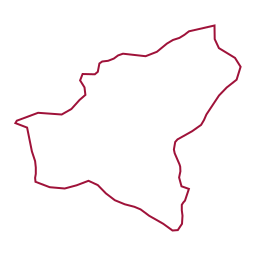 map outline of Bitlis (Mercator projection)
{"feature_id": "TUR-2311", "entity_name": "Bitlis", "entity_type": "Province", "adm_level": 1, "iso_a3": "TUR", "parent_name": "Turkey", "parent_adm1": "", "projection": "mercator", "projection_center": [42.405, 38.524], "detail": "fine", "context": "isolated", "style": "outline", "palette": "rose", "viewbox_px": 256, "rotation_deg": 0, "n_neighbors": 0, "source": "natural_earth", "source_scale": "10m", "svg_char_len": 973}
<svg xmlns="http://www.w3.org/2000/svg" viewBox="0 0 256 256"><path d="M145.6,56.2L156.9,51.8L166.9,43.6L172.9,40.0L179.4,37.9L184.3,34.9L189.0,31.3L214.5,25.5L214.7,39.1L218.9,48.1L235.0,57.9L240.6,66.8L236.6,79.7L226.7,87.5L219.0,95.5L206.4,114.5L204.0,120.0L201.1,124.9L192.3,131.1L177.5,139.4L175.2,142.0L173.9,149.5L174.7,153.3L179.5,164.4L180.2,166.7L180.4,171.3L179.1,177.5L181.5,186.3L188.9,188.9L185.0,200.6L183.3,202.5L181.8,204.8L181.8,210.3L182.5,215.7L182.0,223.8L177.8,230.1L172.5,230.5L163.1,223.7L149.2,215.8L140.6,209.4L134.4,206.8L124.8,204.3L114.8,200.2L105.9,193.4L97.8,185.1L88.5,180.8L76.6,185.3L64.7,188.5L49.7,187.2L35.5,181.8L35.1,177.9L35.8,173.9L35.8,167.5L35.1,161.1L31.9,151.4L27.1,127.6L15.4,123.1L16.8,120.7L38.1,112.8L61.7,114.5L71.4,109.0L79.6,99.9L85.4,94.9L84.5,87.4L80.1,80.4L82.6,74.0L94.8,74.3L97.8,71.8L99.4,63.5L102.2,61.5L108.1,60.8L113.8,58.6L118.1,55.4L123.0,53.7L145.6,56.2Z" fill="none" stroke="#9f1239" stroke-width="2"/></svg>